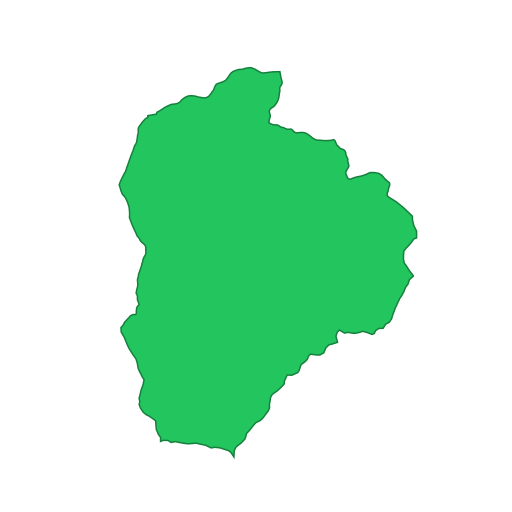 Lajab, Daga, Bhutan (Mercator projection), rotated 250°
{"feature_id": "84629894B88322725559269", "entity_name": "Lajab", "entity_type": "district", "adm_level": 2, "iso_a3": "BTN", "parent_name": "Bhutan", "parent_adm1": "Daga", "projection": "mercator", "projection_center": [90.018, 27.095], "detail": "fine", "context": "isolated", "style": "filled", "palette": "green", "viewbox_px": 512, "rotation_deg": 250, "n_neighbors": 0, "source": "geoboundaries", "source_scale": "gbopen_adm2", "svg_char_len": 5400}
<svg xmlns="http://www.w3.org/2000/svg" viewBox="0 0 512 512"><g transform="rotate(250 256 256)"><path d="M114.4,102.9L114.5,105.7L112.7,110.4L109.9,112.3L109.1,116.9L107.2,119.8L105.3,123.1L103.1,127.1L102.1,130.1L100.6,135.8L98.7,138.5L95.5,143.8L91.0,148.2L90.3,152.0L88.1,156.4L85.5,159.8L82.5,163.6L79.9,165.3L74.7,166.5L80.5,169.0L83.1,171.6L84.2,174.3L85.1,177.5L87.6,182.7L89.8,184.7L92.4,186.3L94.2,190.0L97.7,195.6L99.4,198.8L99.9,203.4L101.1,206.6L106.3,214.6L108.6,216.8L111.9,217.8L114.7,219.5L118.2,221.4L120.5,224.1L122.0,229.8L123.9,234.4L126.1,238.7L128.7,239.9L131.5,242.6L133.5,244.6L131.7,248.9L132.2,255.5L133.7,257.4L138.4,261.1L140.0,266.2L141.3,268.8L143.8,270.9L145.1,273.6L142.3,279.1L141.1,282.1L141.9,286.7L145.7,290.1L147.6,294.2L147.2,297.6L147.0,303.1L153.2,303.7L156.5,306.1L157.9,309.1L153.3,312.8L152.8,316.2L149.6,322.1L149.0,325.5L148.6,330.8L146.0,334.4L142.6,338.2L142.7,340.6L144.9,342.8L145.9,346.5L144.6,350.7L147.6,354.6L148.1,358.5L150.6,361.9L154.6,364.9L157.3,367.3L159.6,369.2L161.3,371.0L162.1,371.8L163.7,373.2L164.8,374.5L166.8,376.4L168.7,379.1L172.1,382.9L175.3,385.7L177.7,389.3L181.3,392.1L183.3,397.0L184.8,396.8L188.7,395.4L192.1,394.6L195.9,393.8L198.6,392.9L200.2,393.1L202.6,393.5L206.8,395.1L210.2,396.7L212.2,400.1L213.6,403.1L215.8,406.9L218.0,410.1L218.1,413.1L224.5,415.4L230.6,414.7L236.4,415.4L239.9,416.6L251.0,411.1L259.0,406.3L265.7,401.0L266.7,400.4L268.2,400.0L269.5,400.5L270.7,401.3L271.6,402.2L273.5,403.3L275.0,404.3L276.8,405.9L279.2,406.5L280.5,405.6L282.1,404.7L284.0,403.7L286.3,402.8L288.8,401.9L290.2,400.8L291.3,399.9L292.0,399.2L292.9,397.4L293.5,396.6L294.6,394.0L295.1,392.5L295.4,391.3L295.0,387.3L295.0,385.5L295.1,382.4L295.4,380.6L295.9,377.0L296.0,375.1L296.0,373.6L295.9,371.9L296.0,370.8L296.7,369.3L297.6,369.0L298.7,368.7L300.2,368.7L301.4,368.6L302.8,368.6L304.3,369.2L305.0,370.0L305.8,370.7L306.7,371.8L307.2,372.6L307.8,373.2L308.6,374.0L310.2,374.3L311.4,374.4L312.3,374.5L313.9,374.6L315.1,375.3L316.7,375.5L318.0,375.2L319.5,375.2L320.8,375.1L322.6,375.7L324.7,375.4L325.9,374.7L326.7,374.0L327.5,372.6L328.6,371.8L330.0,371.2L331.3,370.6L332.9,369.9L334.1,369.8L336.7,369.7L337.7,369.6L338.8,368.8L338.9,366.8L339.3,365.1L340.0,362.7L341.1,359.6L343.5,354.4L343.8,353.3L344.6,352.2L346.0,350.7L348.2,349.1L350.0,348.1L352.6,346.3L353.8,345.4L355.3,343.6L356.0,342.3L356.7,340.6L357.7,336.6L358.2,335.6L359.2,334.6L360.1,334.1L362.8,332.9L363.4,332.0L363.7,331.0L364.2,329.2L365.0,328.0L366.0,326.9L367.3,325.7L368.3,323.9L369.1,323.1L370.3,322.3L371.5,321.3L372.2,320.1L373.0,318.0L374.0,316.3L375.4,314.8L377.1,313.6L377.9,314.2L379.5,315.1L381.1,316.3L382.4,317.2L383.7,317.6L385.0,317.6L386.8,317.8L387.7,318.1L388.4,318.6L389.1,319.4L389.9,321.8L390.2,323.3L390.8,324.8L392.6,327.5L394.0,329.1L394.7,329.7L396.0,330.9L396.7,331.4L398.3,332.3L400.1,333.2L401.4,333.9L402.2,334.5L403.5,335.1L405.4,335.6L406.3,336.1L406.9,336.7L407.8,338.1L409.1,339.4L410.1,339.9L412.1,340.2L414.1,340.4L415.8,340.6L421.1,341.5L421.3,340.7L421.7,339.7L422.0,338.7L422.4,337.6L422.9,336.0L423.4,334.5L423.7,333.1L424.3,330.6L424.9,327.8L425.4,325.7L426.2,324.0L427.1,323.0L428.5,321.7L430.0,320.5L431.6,319.2L432.8,317.9L434.1,316.5L435.0,315.0L435.3,313.6L435.7,312.0L436.0,310.1L436.1,308.3L436.1,306.8L436.6,305.7L437.1,303.9L437.3,301.7L437.3,300.1L437.3,298.7L437.2,297.5L436.4,294.9L435.8,294.0L435.2,293.0L434.4,292.2L433.4,290.7L432.8,289.8L431.6,287.8L431.3,286.8L431.0,284.3L431.1,281.4L431.1,279.7L431.1,278.8L431.0,277.4L429.3,275.3L427.9,274.1L426.1,272.4L425.5,271.1L424.5,269.9L423.3,268.1L422.2,266.1L421.9,264.5L421.9,262.8L422.7,260.5L423.6,258.9L425.1,256.2L426.0,255.0L427.1,253.5L428.0,251.6L428.5,250.7L429.5,247.5L429.5,245.9L429.4,244.2L429.1,242.6L428.6,241.1L427.9,239.1L427.2,238.0L426.4,236.4L426.3,234.7L426.3,233.5L426.5,232.2L427.1,229.7L427.4,228.2L427.4,226.7L427.2,224.7L427.1,223.4L426.7,220.4L426.2,218.8L425.6,216.2L425.4,215.3L425.2,214.0L424.9,212.0L423.4,210.9L424.9,202.3L423.2,201.7L422.9,199.2L422.0,197.5L420.5,194.7L419.1,192.8L418.0,190.9L416.8,189.5L415.2,188.5L412.4,187.7L409.7,185.9L406.0,184.0L403.4,182.4L402.1,181.0L401.2,179.7L397.0,176.4L392.4,172.3L387.6,168.4L383.0,164.6L380.2,162.5L378.7,160.6L375.4,157.1L372.6,154.2L369.6,151.7L367.0,151.7L363.5,151.4L359.7,151.6L355.8,153.1L352.0,153.6L348.9,153.6L346.9,153.5L345.1,153.4L342.0,152.6L339.0,151.7L337.2,151.0L335.4,150.2L331.4,150.2L327.1,150.3L321.9,150.7L318.6,151.0L315.4,151.2L312.0,152.4L310.3,152.4L307.6,153.5L305.8,154.7L303.4,155.5L301.7,155.4L299.0,154.3L297.2,153.9L294.8,152.4L293.4,150.5L291.6,148.8L288.9,147.2L287.9,146.2L286.1,145.2L278.9,139.4L276.7,138.2L274.8,136.8L273.8,136.3L269.7,135.2L267.8,134.3L265.9,132.9L262.0,130.6L261.0,130.9L258.8,130.8L257.2,130.3L255.6,129.6L252.6,129.6L250.3,129.6L249.4,127.6L248.3,126.4L246.7,125.4L244.7,124.5L243.1,124.0L242.1,122.8L243.0,120.7L243.0,119.4L242.7,117.3L241.6,115.6L240.7,113.7L238.6,109.7L236.7,107.8L234.9,104.6L230.6,103.3L224.7,104.4L221.3,104.5L216.5,104.7L212.4,105.1L204.7,106.8L200.5,108.0L196.9,107.9L194.0,107.5L190.5,106.8L185.5,107.3L181.3,107.8L178.1,108.5L173.9,106.0L169.6,102.4L165.2,99.5L162.2,97.4L159.2,97.1L156.4,95.4L152.6,95.4L147.5,96.7L144.5,98.5L142.3,100.6L138.6,103.3L135.5,105.3L130.4,103.9L127.1,103.0L121.7,103.3L118.2,104.3L114.4,102.9Z" fill="#22c55e" stroke="#15803d" stroke-width="1.5"/></g></svg>